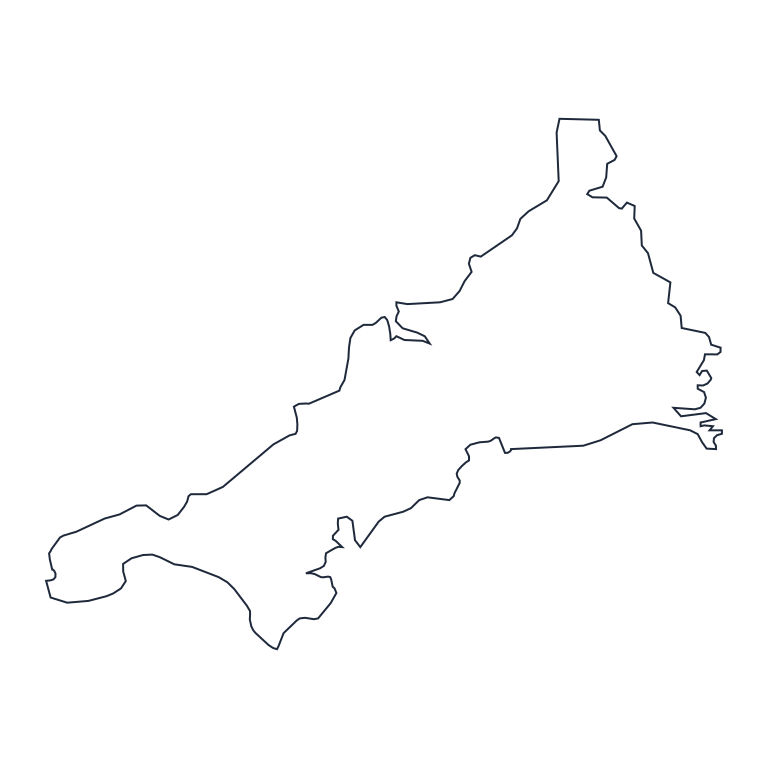 the Unitary Single-Tier County of Cornwall
{"feature_id": "GBR-2110", "entity_name": "Cornwall", "entity_type": "Unitary Single-Tier County", "adm_level": 1, "iso_a3": "GBR", "parent_name": "United Kingdom", "parent_adm1": "", "projection": "robinson", "projection_center": [-4.862, 50.441], "detail": "fine", "context": "isolated", "style": "outline", "palette": "slate", "viewbox_px": 768, "rotation_deg": 0, "n_neighbors": 0, "source": "natural_earth", "source_scale": "10m", "svg_char_len": 3205}
<svg xmlns="http://www.w3.org/2000/svg" viewBox="0 0 768 768"><path d="M711.3,378.1L710.8,379.6L707.5,383.5L703.1,385.5L697.7,385.3L697.7,388.7L704.1,392.1L705.9,397.7L704.4,403.5L700.5,407.8L694.8,409.3L673.5,407.8L681.0,416.3L706.0,413.1L715.8,419.1L700.6,422.5L700.6,426.2L704.3,425.4L712.9,426.2L709.6,430.3L721.9,430.3L721.9,433.8L717.0,435.2L714.0,438.1L713.6,441.9L715.9,445.7L716.0,449.1L706.6,448.6L701.9,441.9L697.7,434.1L690.1,430.3L652.6,422.5L632.4,424.2L600.5,440.3L583.3,445.7L511.0,449.1L511.1,450.0L509.8,451.6L507.5,452.9L505.0,452.9L499.0,437.9L495.8,437.4L493.3,438.9L490.9,440.7L488.4,441.6L479.5,442.3L470.4,444.7L465.5,449.2L469.0,456.3L469.0,460.4L465.9,462.4L461.9,466.0L458.3,470.0L456.7,473.5L457.4,476.9L459.7,480.5L459.7,482.9L454.5,493.2L453.7,496.2L449.3,500.1L427.5,497.3L419.2,500.1L411.0,508.1L403.3,511.7L384.6,516.7L378.7,521.6L360.3,547.1L355.0,540.2L352.4,520.8L346.8,516.7L338.1,518.6L337.8,523.5L338.5,529.8L332.9,535.8L332.9,539.2L335.6,540.8L342.2,547.1L338.5,546.8L335.6,547.8L330.2,550.8L326.0,553.3L325.4,557.4L325.7,561.9L323.9,565.9L320.0,568.3L305.9,573.3L310.8,573.2L314.6,574.0L320.9,577.1L323.1,577.3L328.1,576.6L330.2,577.1L331.2,579.5L332.7,586.8L334.5,588.3L336.4,593.0L330.7,603.1L318.1,618.4L314.0,619.2L305.1,617.8L299.8,618.4L296.7,620.5L283.6,633.1L278.5,646.2L277.0,649.2L273.1,648.0L268.5,645.0L255.3,632.8L253.2,630.2L251.3,626.3L249.8,619.4L250.1,614.9L250.0,611.0L246.8,605.6L234.3,589.1L227.3,582.2L218.6,577.1L192.1,566.9L174.3,564.3L159.6,557.1L152.3,554.6L143.1,555.0L131.5,558.3L123.1,563.9L123.2,571.5L125.8,581.0L121.0,588.4L113.1,593.5L106.5,596.2L88.4,600.9L67.2,602.7L50.6,597.5L46.1,580.8L50.3,580.4L53.5,579.4L55.4,577.1L55.5,573.6L54.3,571.0L52.9,569.6L52.2,569.6L49.8,559.2L49.1,553.4L50.8,550.8L51.6,549.0L60.0,537.5L63.4,535.6L76.4,531.7L104.5,518.6L119.6,514.4L136.5,505.6L146.2,505.4L159.8,515.9L168.6,519.5L177.7,515.0L184.1,506.8L187.2,501.4L188.5,496.2L190.9,494.2L206.6,494.2L222.9,486.9L273.4,444.4L289.5,435.4L295.6,433.8L297.1,430.9L297.4,424.6L296.8,417.7L293.9,406.6L298.9,403.9L305.6,403.5L308.9,403.7L339.4,390.6L340.3,387.4L344.5,380.0L348.4,358.6L349.0,347.5L350.4,338.0L354.7,330.4L363.5,324.9L372.4,324.9L375.7,323.0L381.4,317.7L384.7,317.0L387.2,320.0L389.1,326.4L390.3,334.0L390.7,340.2L393.6,338.8L394.8,337.9L396.4,336.2L404.4,340.0L422.6,340.8L429.7,343.6L424.8,336.3L417.2,332.6L402.7,328.3L395.8,321.2L396.6,316.1L398.8,311.5L396.4,305.7L396.4,302.3L407.3,304.1L440.0,302.3L452.6,299.0L459.6,291.0L464.7,281.0L471.6,271.9L468.9,263.7L470.4,257.8L474.8,255.2L480.8,256.6L511.9,235.3L517.0,228.4L520.4,218.8L528.6,211.3L546.9,200.3L558.7,181.1L556.6,132.6L559.5,118.8L598.8,119.8L599.9,130.5L605.3,135.9L616.6,156.2L614.6,159.9L607.2,163.8L606.2,177.4L602.6,186.7L589.4,190.7L587.2,194.1L592.5,197.3L606.8,197.6L619.0,208.1L621.8,208.6L626.9,202.6L634.7,206.0L634.2,218.5L641.1,230.7L641.8,245.5L648.0,253.2L653.3,272.9L670.4,282.4L668.1,303.1L675.2,307.4L680.6,315.7L681.7,328.0L705.3,332.9L709.0,337.0L711.2,344.7L720.6,347.7L720.5,352.0L717.3,354.4L705.0,354.3L703.9,360.2L699.3,367.7L696.7,372.0L699.6,375.1L702.1,371.0L706.8,370.6L711.3,378.1Z" fill="none" stroke="#1e293b" stroke-width="2"/></svg>